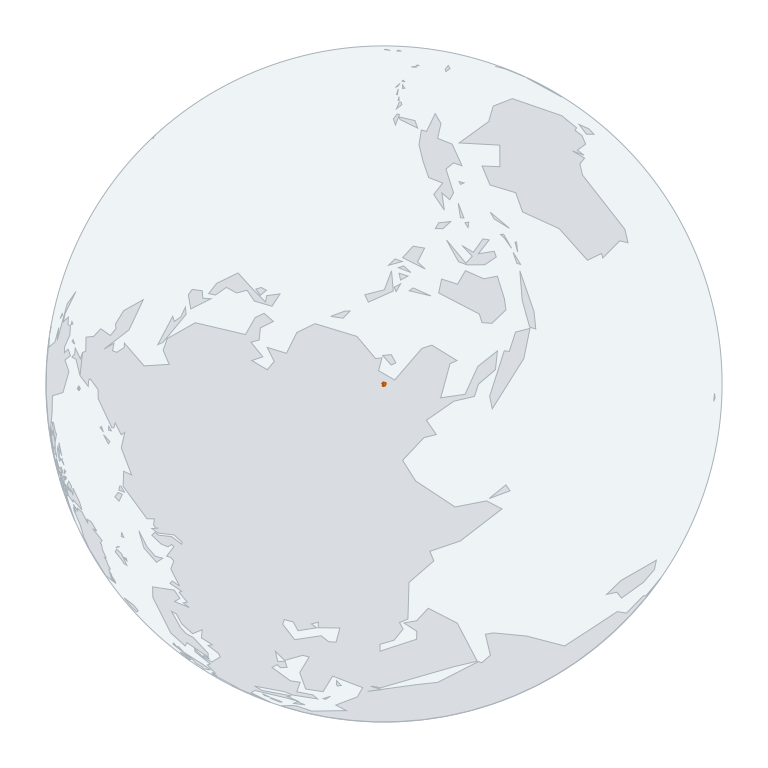 globe centered on Thái Nguyên, rotated 249°
{"feature_id": "VNM-452", "entity_name": "Thái Nguyên", "entity_type": "Province", "adm_level": 1, "iso_a3": "VNM", "parent_name": "Vietnam", "parent_adm1": "", "projection": "orthographic", "projection_center": [105.891, 21.681], "detail": "fine", "context": "on_globe", "style": "filled", "palette": "amber", "viewbox_px": 768, "rotation_deg": 249, "n_neighbors": 0, "source": "natural_earth", "source_scale": "10m", "svg_char_len": 11648}
<svg xmlns="http://www.w3.org/2000/svg" viewBox="0 0 768 768"><g transform="rotate(249 384 384)"><circle cx="384" cy="384" r="338" fill="#eef3f6" stroke="#a8b0b8"/><path d="M696.3,503.8L695.7,505.8L695.5,506.2L696.3,503.8ZM547.5,88.3L538.5,84.3L541.2,91.9L553.2,100.7L541.9,94.6L572.1,116.8L580.7,129.5L564.1,111.5L557.1,107.1L559.6,113.3L552.9,110.4L550.3,112.0L542.2,108.2L533.1,99.1L527.7,96.8L529.7,101.5L522.9,101.5L520.7,94.7L508.5,94.3L491.1,81.2L491.8,70.2L475.4,63.5L458.1,54.7L452.9,53.9L443.0,51.4L433.3,49.9L432.9,49.6L425.5,48.8L427.8,49.4L425.3,49.5L419.8,49.0L418.3,48.2L420.8,48.4L417.5,47.9L419.1,48.0L415.2,47.7L414.3,47.4L442.1,51.1L469.5,57.1L496.4,65.3L522.4,75.7L547.5,88.3ZM412.4,47.3L407.0,47.1L399.2,46.4L399.7,46.4L412.4,47.3ZM698.4,260.0L697.7,258.4L697.8,258.7L698.4,260.0ZM696.8,256.2L697.5,258.0L697.0,256.8L696.8,256.2ZM696.8,256.4L697.1,257.2L696.8,256.4ZM697.1,257.7L696.8,256.7L696.9,257.1L697.1,257.7ZM696.5,257.6L696.3,257.3L695.8,255.7L696.5,257.6ZM557.4,94.0L555.1,92.7L551.3,90.4L553.3,91.6L557.4,94.0ZM563.3,108.3L561.2,105.0L565.5,109.3L563.3,108.3ZM551.4,112.9L554.1,115.0L551.6,115.1L551.4,112.9ZM536.8,109.6L532.0,109.6L535.4,108.0L536.8,109.6ZM528.1,108.6L516.4,109.6L521.5,113.9L500.7,103.2L517.5,105.3L520.9,102.3L523.0,106.0L528.1,108.6ZM430.9,50.0L428.2,49.2L435.5,50.5L430.9,50.0ZM436.2,50.8L462.2,56.4L463.3,57.8L454.4,55.3L460.0,58.3L447.8,56.2L441.9,54.1L443.6,53.4L437.7,53.3L436.2,50.8ZM491.0,97.6L486.9,96.8L489.5,96.0L491.0,97.6ZM424.9,49.7L430.0,50.4L431.4,51.6L421.3,50.4L424.1,50.3L424.9,49.7ZM467.4,60.5L466.7,61.6L456.6,60.0L454.9,60.4L447.6,56.3L467.4,60.5ZM421.0,49.8L416.2,50.0L410.5,49.1L419.9,49.1L421.0,49.8ZM436.0,52.5L436.2,53.1L432.8,52.3L436.0,52.5ZM387.7,47.2L393.9,47.3L395.1,47.8L387.7,47.2ZM414.8,50.1L416.7,50.4L417.9,50.8L413.7,50.8L414.8,50.1ZM441.0,55.8L436.9,55.2L443.4,57.3L436.1,56.8L432.6,54.4L431.0,55.2L428.8,55.1L428.4,53.4L441.0,55.8ZM412.9,52.2L405.8,49.9L394.2,49.1L392.8,48.5L411.8,49.9L412.9,52.2ZM422.0,52.9L416.1,52.3L417.3,51.5L422.2,51.5L422.0,52.9ZM432.5,57.4L444.6,58.9L445.0,59.4L432.5,57.4ZM409.3,52.1L411.1,52.7L408.3,52.1L409.3,52.1ZM425.1,55.8L429.3,56.1L429.6,56.7L425.1,55.8ZM411.1,54.0L408.8,53.1L412.0,52.9L411.1,54.0ZM417.3,54.9L416.7,55.7L414.5,53.4L419.1,54.9L417.3,54.9ZM424.7,56.3L426.2,56.7L422.8,56.1L424.7,56.3ZM400.1,55.6L396.7,52.8L403.8,52.2L406.2,54.9L400.1,55.6ZM120.3,172.7L117.0,182.5L114.7,187.1L104.5,199.3L92.6,231.7L101.5,224.0L101.4,247.0L108.2,255.3L129.7,231.3L118.6,216.9L127.3,201.6L144.7,201.9L156.0,216.3L159.8,210.9L161.6,192.2L173.3,186.8L163.2,185.3L160.5,192.3L154.2,192.0L156.3,185.7L160.3,183.7L159.5,177.9L140.4,190.3L135.6,198.8L127.9,192.3L119.2,206.2L113.8,209.2L126.6,186.9L132.3,181.0L148.4,154.9L141.7,160.3L126.0,185.8L126.9,181.9L117.7,191.1L125.3,181.2L144.2,153.5L143.3,149.4L127.6,163.8L156.9,133.7L152.0,139.1L159.7,132.6L175.0,119.3L171.1,123.5L176.3,119.6L174.3,122.9L184.9,118.4L185.0,121.5L202.0,111.6L204.4,112.3L193.6,117.6L186.2,123.6L187.8,133.4L191.9,132.9L202.9,126.1L202.0,130.3L212.4,122.6L219.7,126.2L219.5,115.9L232.3,109.3L243.7,107.8L247.9,104.2L229.4,106.8L222.0,109.7L215.7,115.0L195.5,123.3L192.2,122.0L213.1,107.4L210.7,104.5L228.1,95.7L267.6,91.7L277.5,95.3L266.7,114.3L257.0,116.6L256.0,110.5L245.1,122.0L251.6,118.1L250.9,122.1L263.0,118.1L263.0,120.8L274.6,112.8L276.0,115.7L268.6,120.7L287.7,118.7L294.1,124.4L298.4,122.8L301.2,119.4L307.5,129.7L310.3,128.1L309.4,124.0L314.6,118.5L326.1,113.1L327.7,116.9L323.7,119.3L317.7,130.9L306.9,137.7L308.7,138.8L318.4,133.9L325.8,119.7L332.3,115.5L330.2,121.9L331.5,119.2L335.2,118.4L340.3,121.4L343.2,114.4L382.1,103.8L395.8,109.7L389.6,115.8L418.4,115.8L431.7,124.6L430.8,120.5L444.0,119.1L440.0,116.2L440.6,114.3L472.6,111.9L481.3,115.1L494.1,111.6L493.6,109.8L487.9,107.0L500.7,103.2L521.5,113.9L521.4,117.3L534.5,122.6L532.5,130.0L537.0,139.4L527.3,145.9L531.7,153.6L536.3,154.9L545.7,167.2L549.0,189.5L525.9,165.3L516.9,135.3L518.8,146.5L512.3,142.5L509.3,145.9L511.1,154.5L515.1,156.3L486.9,166.5L479.3,190.5L494.6,189.9L504.1,198.0L508.8,229.8L479.8,272.4L492.2,287.6L492.9,297.4L482.1,303.1L480.7,288.7L469.8,283.2L470.7,274.8L452.8,280.6L453.3,269.0L439.1,280.1L444.4,289.6L460.0,288.1L447.6,303.9L463.3,321.1L465.0,341.3L438.1,375.8L410.8,385.2L409.2,391.5L398.4,383.7L383.9,395.4L403.7,432.3L403.1,442.6L379.7,460.5L379.3,452.9L350.8,432.0L345.3,456.0L366.8,477.9L374.2,501.7L357.5,493.2L350.0,472.1L340.0,464.0L342.9,443.1L335.0,410.6L318.1,414.7L319.6,402.0L306.1,374.0L282.1,378.8L243.7,406.3L238.1,437.9L225.1,449.3L210.1,398.9L211.4,366.9L201.0,367.1L189.8,336.2L156.0,322.1L155.7,313.0L148.4,314.0L141.2,301.5L142.4,287.0L136.0,284.5L134.0,323.0L141.4,326.0L153.7,317.0L151.3,329.7L158.8,344.9L134.5,366.7L91.8,371.7L95.1,347.2L101.6,271.7L105.6,265.6L106.0,264.8L106.5,263.3L99.4,272.5L103.0,258.5L91.4,307.8L86.2,327.3L91.0,372.8L88.7,375.3L92.6,386.1L114.0,389.0L112.5,396.7L97.7,426.6L74.7,458.8L82.1,493.7L87.9,520.2L83.2,528.3L93.4,550.5L92.4,552.6L98.8,564.2L103.6,572.5L103.7,572.8L91.1,552.6L80.0,531.5L70.4,509.8L62.3,487.4L55.8,464.5L50.9,441.1L47.7,417.6L46.2,393.8L46.4,370.0L48.2,346.2L51.7,322.7L56.8,299.5L63.6,276.6L71.9,254.3L81.9,232.7L93.3,211.8L106.1,191.7L120.3,172.7ZM160.2,246.8L172.0,255.4L180.0,235.3L185.2,237.3L186.0,230.2L180.5,233.9L184.5,215.3L194.4,214.0L199.8,206.5L196.1,203.3L177.3,209.0L171.5,235.0L163.1,240.1L160.2,246.8ZM206.8,97.9L201.7,101.6L196.0,104.8L196.1,103.5L204.3,98.6L206.8,97.9ZM195.9,106.3L216.8,93.7L217.6,94.8L213.6,96.1L212.1,98.2L205.2,101.0L185.7,115.5L179.3,119.5L182.8,113.4L185.1,112.8L189.9,108.8L195.9,106.3ZM268.4,67.8L277.5,64.7L267.6,70.9L260.3,73.3L259.8,71.4L268.2,67.6L268.4,67.8ZM383.6,46.1L393.7,46.4L412.5,47.7L412.6,48.4L407.7,48.6L403.1,48.4L404.5,47.8L397.5,48.0L396.0,47.1L390.5,47.2L369.1,46.5L372.7,46.3L367.1,46.5L383.6,46.1ZM338.4,49.2L338.9,49.1L338.2,49.7L344.8,48.6L346.5,48.8L340.6,49.6L350.6,48.6L350.4,49.1L361.4,49.9L376.1,49.3L380.4,50.0L374.6,50.5L383.0,50.9L374.9,52.6L377.9,53.3L372.8,56.2L359.8,57.6L364.1,58.4L360.5,61.2L349.7,63.1L353.2,60.3L338.9,64.7L337.3,62.1L335.8,62.8L330.4,61.8L321.2,62.2L322.1,60.9L318.1,61.7L314.5,61.4L309.3,62.2L309.1,60.4L302.7,61.4L306.2,60.1L295.4,62.5L303.3,60.0L299.4,60.1L293.8,62.4L304.9,55.5L304.4,55.6L338.4,49.2ZM398.3,56.3L383.1,57.5L374.8,56.9L387.1,52.3L385.5,51.4L393.1,49.4L405.0,50.5L401.7,50.9L401.3,51.6L397.7,50.9L400.3,52.0L395.9,52.7L396.7,53.9L391.5,53.8L398.3,56.3ZM118.6,184.4L118.0,186.8L118.6,189.0L112.8,195.3L118.6,184.4ZM131.1,165.5L131.5,166.2L123.6,175.1L124.2,173.1L131.1,165.5ZM138.5,159.5L132.2,165.6L135.9,161.0L138.5,159.5ZM194.7,118.2L195.9,119.1L193.4,120.9L189.6,122.6L194.7,118.2ZM306.9,78.9L310.2,76.6L312.2,76.6L323.6,73.0L325.6,75.1L319.6,78.2L306.9,78.9ZM124.0,233.4L118.0,236.0L118.7,232.2L120.6,232.0L124.0,233.4ZM112.1,214.5L111.6,222.1L110.6,216.2L112.1,214.5ZM311.0,80.6L315.5,78.7L313.7,81.0L311.0,80.6ZM327.7,76.6L326.8,79.0L327.2,75.0L327.7,76.6ZM249.7,685.6L256.8,689.2L252.2,688.0L249.7,685.6ZM115.6,534.8L121.9,575.1L113.9,570.0L105.9,555.1L99.0,529.0L106.1,526.8L107.8,516.5L115.6,534.8ZM459.4,556.1L469.5,557.2L469.1,558.6L459.4,556.1ZM448.9,551.3L460.5,551.7L446.8,554.4L448.9,551.3ZM465.0,551.8L476.8,548.8L481.9,546.4L480.9,549.3L465.0,551.8ZM441.0,551.4L397.9,550.0L380.9,545.4L384.9,540.4L412.5,543.0L441.0,551.4ZM383.6,540.2L357.6,523.6L322.1,476.2L334.8,478.3L371.9,508.2L369.5,512.6L385.3,525.4L383.6,540.2ZM446.5,514.8L444.0,528.5L420.3,526.9L409.5,524.4L402.0,506.4L406.2,497.5L415.1,498.1L449.4,467.7L461.3,475.4L450.8,488.5L460.6,500.6L446.5,514.8ZM239.4,441.2L246.1,461.6L239.1,463.4L239.4,441.2ZM463.2,445.7L449.4,459.4L462.0,441.0L463.2,445.7ZM470.7,428.2L471.5,435.3L465.9,428.4L470.7,428.2ZM408.8,401.3L399.5,402.6L399.2,397.5L411.1,393.0L408.8,401.3ZM466.2,358.5L466.1,373.4L464.3,378.4L460.1,369.4L466.2,358.5ZM334.8,102.5L316.7,104.5L305.1,108.8L300.6,115.0L299.1,107.7L317.1,101.1L334.8,102.5ZM376.1,102.9L379.9,98.4L383.4,100.5L383.0,101.8L376.1,102.9ZM374.7,100.1L369.6,94.7L375.1,92.3L378.0,97.0L374.7,100.1ZM339.6,85.9L334.1,86.1L335.7,84.1L339.6,85.9ZM617.5,627.9L618.3,627.5L608.6,636.5L596.6,646.6L588.1,652.9L617.5,627.9ZM541.9,669.5L544.7,662.5L556.3,659.2L548.9,666.6L541.9,669.5ZM620.3,625.6L625.6,620.0L634.4,610.5L640.7,601.7L636.0,608.8L638.7,606.0L620.3,625.6ZM507.8,644.2L442.1,664.3L428.4,662.4L433.2,655.4L423.3,633.4L427.9,633.9L426.6,618.3L466.2,603.3L494.9,575.1L515.4,575.5L531.8,554.3L552.4,553.7L545.3,570.1L565.5,577.7L582.1,540.6L591.5,575.8L604.3,585.5L604.4,606.1L570.8,646.0L554.2,655.6L552.3,653.3L545.1,657.8L535.7,658.2L533.1,648.4L525.9,652.7L534.0,643.5L523.0,652.2L519.3,645.8L507.8,644.2ZM653.5,553.8L655.7,553.8L658.3,558.1L654.8,558.7L653.5,553.8ZM690.3,515.1L690.5,517.2L688.5,519.5L690.3,515.1ZM695.5,506.2L693.1,509.5L696.3,503.8L695.5,506.2ZM669.1,527.6L670.0,529.3L668.9,530.6L669.1,527.6ZM668.3,527.3L670.2,523.0L669.5,526.7L668.3,527.3ZM658.5,511.9L660.2,509.4L660.8,510.6L658.5,511.9ZM484.4,556.9L498.6,546.0L506.2,544.8L484.4,556.9ZM656.6,508.5L652.7,509.4L653.2,507.2L656.6,508.5ZM657.1,503.6L656.8,500.8L658.9,506.8L657.1,503.6ZM649.8,499.4L654.4,503.1L649.2,500.2L649.8,499.4ZM646.8,501.0L643.3,499.7L643.6,498.7L646.8,501.0ZM604.5,514.2L618.1,528.7L606.7,530.5L594.1,522.1L583.5,533.6L559.8,535.0L565.5,528.1L562.5,518.9L537.5,517.4L532.5,511.4L541.5,506.5L524.8,502.6L543.1,498.4L550.5,510.8L560.7,499.7L578.1,500.3L594.8,502.4L607.8,509.9L604.5,514.2ZM542.9,527.0L546.0,526.7L543.1,530.8L542.9,527.0ZM636.5,494.3L641.7,499.3L641.0,501.0L638.4,500.7L636.5,494.3ZM610.8,507.1L625.0,493.9L628.2,493.4L618.8,507.3L610.8,507.1ZM621.7,487.5L628.1,487.8L631.4,493.1L630.0,495.0L621.7,487.5ZM505.5,517.4L504.7,521.1L499.9,518.5L505.5,517.4ZM511.8,515.0L526.2,518.1L510.4,518.1L511.8,515.0ZM467.4,503.7L471.7,512.2L485.3,506.5L474.9,514.6L484.0,528.4L480.8,533.8L471.8,518.8L468.4,534.5L462.4,534.3L459.2,520.9L465.4,504.3L471.4,497.4L495.9,494.0L467.4,503.7ZM511.7,504.5L507.9,494.6L510.7,487.7L514.9,492.9L511.7,504.5ZM496.3,470.6L485.9,459.0L476.6,463.7L495.3,446.7L502.2,460.6L496.3,470.6ZM487.2,444.7L478.5,449.0L487.4,439.2L487.2,444.7ZM476.2,445.0L475.1,436.7L482.0,437.8L476.2,445.0ZM491.8,445.0L493.2,430.8L496.8,439.1L491.8,445.0ZM471.8,418.1L487.0,431.6L467.5,426.0L466.0,398.8L474.2,398.1L471.8,418.1ZM513.6,307.8L511.2,300.3L518.5,298.3L518.1,304.0L513.6,307.8ZM540.0,287.5L519.7,295.4L503.0,302.8L508.5,306.1L505.4,319.2L496.7,307.3L507.8,292.8L520.6,289.7L521.8,279.0L530.7,271.5L527.5,258.4L531.2,252.7L537.9,263.9L540.0,287.5ZM525.6,253.0L523.3,230.5L537.4,233.3L541.0,238.8L536.2,247.7L529.0,245.6L525.6,253.0ZM526.9,226.1L520.0,224.2L502.1,192.7L501.8,187.0L522.9,211.0L517.5,210.7L519.4,218.3L526.9,226.1ZM488.6,98.9L487.0,97.0L490.7,98.6L488.6,98.9ZM438.0,112.7L439.4,110.4L443.7,111.9L438.0,112.7ZM445.6,105.0L439.8,104.8L445.3,103.4L445.6,105.0ZM427.0,105.2L437.2,104.0L428.4,107.5L427.0,105.2Z" fill="#d9dde1" stroke="#a8b0b8" stroke-width="1"/><path d="M382.3,384.8L382.2,384.7L382.0,384.4L382.0,384.0L382.0,382.9L382.1,382.6L382.2,382.4L382.3,382.4L382.5,382.2L382.9,381.9L383.0,381.9L383.1,382.0L383.3,382.2L383.4,382.3L383.4,382.5L383.4,382.8L383.4,383.0L383.5,383.3L383.7,383.2L383.8,383.2L384.0,383.2L384.4,382.9L384.5,382.8L384.6,382.7L384.8,382.5L385.2,382.4L385.2,382.7L385.3,382.9L385.3,383.0L385.4,383.3L385.5,383.3L386.0,383.9L386.0,384.0L385.9,384.1L385.7,384.3L385.5,384.6L385.4,384.4L385.0,384.3L384.9,384.3L385.0,385.0L385.0,385.3L384.9,385.5L384.7,385.6L384.4,385.6L384.2,386.1L383.8,385.9L383.5,385.8L383.4,385.8L383.3,385.7L383.2,385.6L382.6,385.1L382.3,384.8Z" fill="#f59e0b" stroke="#b45309" stroke-width="1.5"/></g></svg>